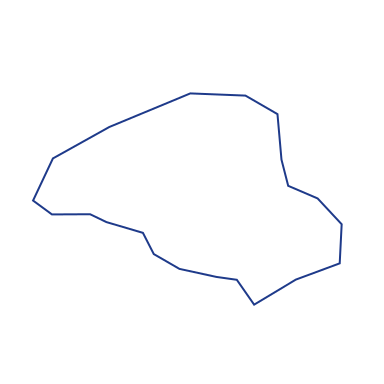 SVG path tracing the border of Għaxaq, rotated 278°
{"feature_id": "MLT-5967", "entity_name": "Għaxaq", "entity_type": "state/province", "adm_level": 1, "iso_a3": "MLT", "parent_name": "Malta", "parent_adm1": "", "projection": "mercator", "projection_center": [14.513, 35.843], "detail": "fine", "context": "isolated", "style": "outline", "palette": "blue", "viewbox_px": 384, "rotation_deg": 278, "n_neighbors": 0, "source": "natural_earth", "source_scale": "10m", "svg_char_len": 425}
<svg xmlns="http://www.w3.org/2000/svg" viewBox="0 0 384 384"><g transform="rotate(278 192 192)"><path d="M294.9,231.5L281.0,265.8L236.5,276.1L211.5,286.4L203.1,317.3L180.9,344.7L141.9,348.2L119.7,307.0L89.1,269.2L111.3,248.6L111.3,228.0L114.1,190.3L125.2,162.8L144.7,149.1L150.3,111.4L155.8,94.2L150.3,56.4L161.4,35.8L205.9,49.6L244.9,101.1L289.4,176.6L294.9,231.5Z" fill="none" stroke="#1e3a8a" stroke-width="2"/></g></svg>